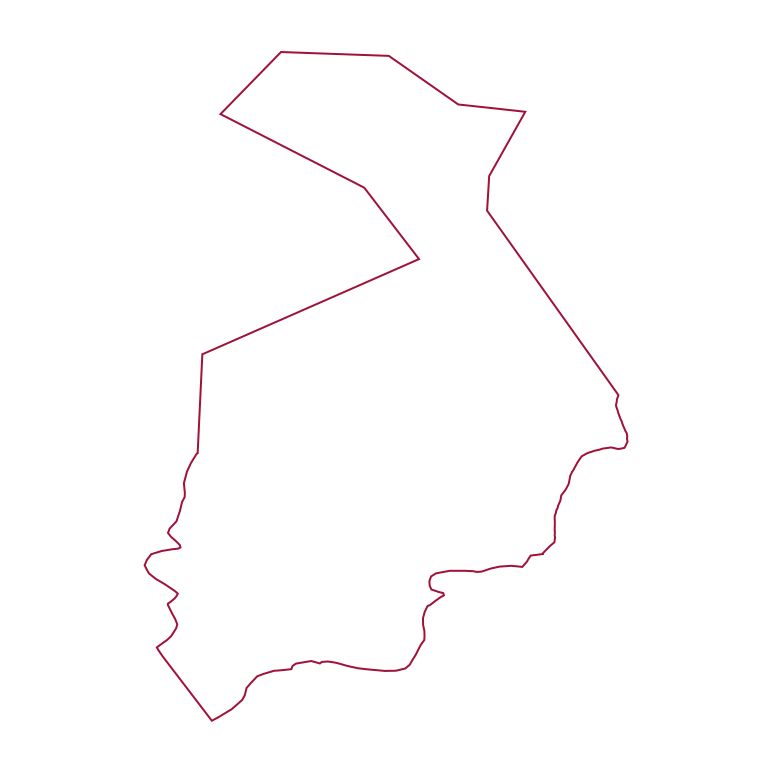 outline of Sarot, Anse-la-Raye, Saint Lucia, rotated 269°
{"feature_id": "8701671B47130122414504", "entity_name": "Sarot", "entity_type": "district", "adm_level": 2, "iso_a3": "LCA", "parent_name": "Saint Lucia", "parent_adm1": "Anse-la-Raye", "projection": "natural_earth1", "projection_center": [-60.988, 13.942], "detail": "fine", "context": "isolated", "style": "outline", "palette": "rose", "viewbox_px": 768, "rotation_deg": 269, "n_neighbors": 0, "source": "geoboundaries", "source_scale": "gbopen_adm2", "svg_char_len": 3116}
<svg xmlns="http://www.w3.org/2000/svg" viewBox="0 0 768 768"><g transform="rotate(269 384 384)"><path d="M211.2,539.8L211.7,539.6L218.9,546.9L222.8,551.6L225.4,552.0L227.4,552.4L229.4,552.0L232.7,552.3L234.8,552.1L242.7,552.4L246.8,552.3L249.1,552.4L252.2,553.6L254.7,554.1L256.7,555.3L258.8,555.8L261.6,557.0L263.5,558.0L265.6,558.6L268.1,559.0L269.8,559.4L270.9,560.4L272.6,561.7L274.7,563.4L276.5,564.5L279.7,566.3L281.3,567.0L283.5,567.5L285.9,568.0L289.3,568.7L290.6,569.5L292.8,570.4L294.7,571.9L297.7,573.5L299.7,574.7L301.8,575.8L303.5,577.0L306.1,578.8L308.5,580.7L309.5,582.8L310.6,584.6L311.9,587.8L312.7,590.7L313.5,592.9L314.1,595.8L314.7,598.7L315.6,601.5L315.8,603.4L316.1,605.8L316.6,609.8L316.1,612.4L315.4,614.8L314.9,617.0L315.3,620.2L316.0,623.3L317.8,624.4L320.1,625.5L322.2,626.5L323.2,626.3L325.2,626.0L327.6,626.3L330.7,625.8L332.9,624.5L334.8,623.8L336.9,622.9L339.4,621.9L342.8,620.9L344.7,619.9L346.6,619.3L348.2,618.7L351.5,617.6L353.6,617.1L355.9,616.3L357.8,615.7L359.1,615.6L361.4,616.2L363.9,616.6L364.7,616.7L368.8,618.2L555.5,490.1L590.1,492.8L653.7,530.0L662.2,463.1L712.0,394.5L717.7,286.8L656.7,225.2L610.9,311.0L580.6,367.7L508.3,421.2L416.9,202.9L318.6,196.5L318.1,196.5L318.0,195.9L316.5,194.8L315.5,194.2L308.5,189.7L299.7,185.4L298.9,185.2L288.3,182.2L285.6,182.4L278.4,183.0L274.4,182.7L269.5,180.0L260.8,177.8L250.3,174.1L249.7,173.5L246.6,170.5L243.0,167.0L241.5,166.5L238.9,165.4L235.0,168.3L230.9,172.8L226.6,177.0L224.1,177.6L223.8,177.0L223.0,175.4L222.8,173.2L222.5,169.6L220.9,158.8L217.9,148.3L212.3,143.9L206.9,141.5L202.4,143.7L201.3,144.3L198.7,145.7L193.7,151.7L192.9,152.7L192.2,153.9L187.6,161.4L180.6,171.4L178.0,174.2L175.3,172.7L174.3,171.8L173.2,170.9L169.7,166.5L168.4,164.5L168.0,164.0L167.4,164.1L166.6,164.2L163.4,165.7L157.7,168.4L152.7,171.1L150.6,171.9L147.3,173.1L145.6,172.6L143.5,172.0L135.7,166.9L131.9,162.7L127.0,155.6L124.6,152.3L121.5,154.0L115.7,157.8L50.3,206.0L50.6,206.6L53.9,212.9L61.5,226.0L63.5,228.4L70.6,236.7L75.3,239.4L76.5,239.7L82.5,241.3L85.6,244.1L87.2,245.5L92.7,250.9L94.0,252.2L95.1,255.4L96.1,258.0L99.2,269.0L99.4,273.6L99.5,274.8L99.7,277.7L100.5,286.4L102.4,287.1L103.6,287.6L104.3,288.5L106.0,291.2L108.0,304.6L108.3,306.5L105.7,315.0L107.2,317.0L107.4,320.5L107.5,323.2L106.7,327.9L106.0,331.7L104.6,336.4L103.1,341.2L101.8,346.4L100.3,352.8L99.3,360.0L98.7,365.0L98.1,370.7L97.1,379.9L97.1,390.9L98.0,395.0L99.2,400.3L101.7,403.4L102.9,404.9L107.0,407.3L112.7,411.0L122.4,416.1L127.3,419.8L128.7,419.9L130.7,420.1L136.2,420.1L142.4,418.9L149.2,418.9L155.4,420.7L158.0,422.0L161.4,423.8L162.0,425.9L165.3,430.3L165.9,431.1L166.6,432.1L169.5,436.3L169.9,436.9L171.6,440.2L173.9,439.6L174.1,438.9L175.2,434.7L177.8,427.7L181.5,426.2L182.8,426.1L185.9,425.9L190.8,427.7L193.7,432.6L194.0,434.1L196.1,446.6L196.0,452.0L195.8,462.5L195.5,466.2L195.3,469.8L194.9,471.6L194.5,473.1L194.6,476.3L194.8,478.6L196.4,483.7L197.6,487.4L199.4,496.3L199.7,502.7L200.0,507.9L199.2,515.2L198.7,519.1L202.3,522.4L203.4,523.4L204.1,523.9L207.3,525.8L209.9,527.7L211.2,539.8Z" fill="none" stroke="#9f1239" stroke-width="2"/></g></svg>